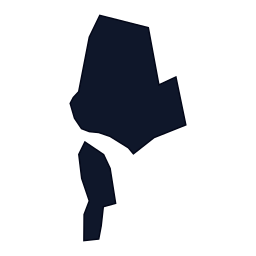 the Republican City of Liepāja
{"feature_id": "LVA-4848", "entity_name": "Liepāja", "entity_type": "Republican City", "adm_level": 1, "iso_a3": "LVA", "parent_name": "Latvia", "parent_adm1": "", "projection": "robinson", "projection_center": [21.027, 56.53], "detail": "fine", "context": "isolated", "style": "filled", "palette": "ink", "viewbox_px": 256, "rotation_deg": 0, "n_neighbors": 0, "source": "natural_earth", "source_scale": "10m", "svg_char_len": 481}
<svg xmlns="http://www.w3.org/2000/svg" viewBox="0 0 256 256"><path d="M133.4,153.8L128.4,147.8L110.1,136.4L98.7,132.5L89.3,131.6L81.5,128.6L74.5,118.2L70.2,103.4L73.3,97.5L78.7,91.7L89.3,37.1L99.8,15.4L148.3,27.7L158.9,84.9L175.9,77.0L185.8,124.9L154.0,137.6L133.4,153.8ZM83.9,240.6L84.1,214.5L89.3,200.9L81.7,178.4L78.8,154.4L84.9,142.0L103.6,154.6L110.1,168.4L115.6,203.3L103.3,206.7L101.2,225.8L98.7,239.0L83.9,240.6Z" fill="#0f172a" stroke="#020617" stroke-width="1.5"/></svg>